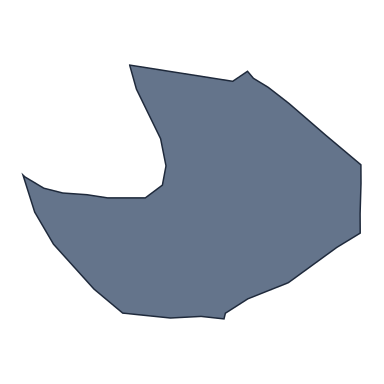 an SVG outline of Renfrewshire
{"feature_id": "GBR-2008", "entity_name": "Renfrewshire", "entity_type": "Unitary District", "adm_level": 1, "iso_a3": "GBR", "parent_name": "United Kingdom", "parent_adm1": "", "projection": "albers", "projection_center": [-4.557, 55.846], "detail": "fine", "context": "isolated", "style": "filled", "palette": "slate", "viewbox_px": 384, "rotation_deg": 0, "n_neighbors": 0, "source": "natural_earth", "source_scale": "10m", "svg_char_len": 572}
<svg xmlns="http://www.w3.org/2000/svg" viewBox="0 0 384 384"><path d="M129.7,65.1L232.7,81.3L247.5,71.3L253.4,78.3L268.3,87.4L288.9,103.4L325.8,135.3L360.9,164.8L361.0,183.3L360.1,213.7L360.2,231.3L360.2,233.1L336.8,247.4L288.3,282.7L247.9,298.8L225.4,313.2L224.0,318.9L201.1,316.4L170.4,318.0L122.7,313.1L94.0,289.1L53.5,244.2L34.7,212.1L23.0,175.1L24.9,176.9L43.8,188.2L62.7,193.0L86.9,194.7L107.6,197.9L128.2,197.9L145.3,197.9L162.4,185.1L166.0,165.9L160.6,138.7L148.1,113.1L136.4,89.1L129.7,65.2L129.7,65.1Z" fill="#64748b" stroke="#1e293b" stroke-width="1.5"/></svg>